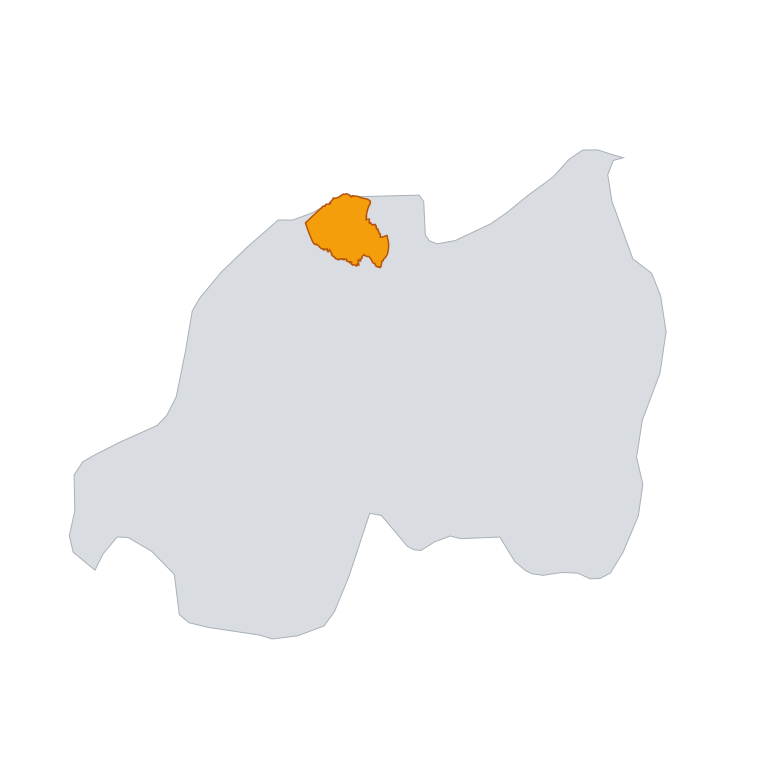 location of Musanze, Northern, Rwanda, rotated 14°
{"feature_id": "39286606B17052688720067", "entity_name": "Musanze", "entity_type": "district", "adm_level": 2, "iso_a3": "RWA", "parent_name": "Rwanda", "parent_adm1": "Northern", "projection": "natural_earth1", "projection_center": [29.637, -1.492], "detail": "fine", "context": "in_parent", "style": "filled", "palette": "amber", "viewbox_px": 768, "rotation_deg": 14, "n_neighbors": 0, "source": "geoboundaries", "source_scale": "gbopen_adm2", "svg_char_len": 6784}
<svg xmlns="http://www.w3.org/2000/svg" viewBox="0 0 768 768"><g transform="rotate(14 384 384)"><path d="M303.9,209.0L312.9,208.7L372.5,192.2L378.4,197.4L388.0,229.4L393.1,234.0L401.4,235.2L418.1,227.8L448.7,202.8L462.1,187.6L477.9,166.3L498.0,142.2L509.2,121.2L520.2,108.9L534.5,105.2L550.4,106.2L561.5,106.6L552.4,111.6L550.5,127.0L561.0,151.6L595.2,202.4L616.9,211.8L631.1,231.6L645.0,264.9L649.2,306.6L643.4,356.8L646.8,394.1L659.4,418.6L662.7,450.3L656.7,489.3L649.4,512.6L640.9,520.3L631.2,523.2L618.0,520.6L601.9,523.9L584.5,531.2L573.5,532.3L566.7,530.9L553.8,524.6L533.4,504.5L495.5,515.6L485.2,515.4L471.3,524.9L460.0,536.7L453.1,537.6L446.0,535.9L413.3,512.2L401.4,513.0L396.5,579.7L391.0,616.8L384.3,633.3L360.9,649.3L337.3,658.4L324.4,657.7L272.6,662.7L252.4,662.8L241.2,657.3L226.6,619.5L199.2,602.6L172.8,594.8L162.1,597.0L152.5,616.8L148.6,634.6L123.1,622.4L115.4,607.4L114.7,582.0L105.3,547.2L110.5,532.4L120.5,522.8L141.7,504.4L174.0,479.0L180.9,466.8L185.5,446.6L183.4,399.6L180.3,359.8L184.2,345.7L198.9,315.0L218.6,283.6L241.7,250.4L255.6,247.1L273.8,234.6L293.1,216.0L303.9,209.0Z" fill="#d9dde1" stroke="#a8b0b8" stroke-width="1"/><path d="M320.9,274.3L321.0,274.0L321.3,273.9L321.7,273.6L321.8,273.4L322.1,273.3L322.3,273.5L322.4,273.8L322.5,273.8L322.6,274.1L322.5,274.3L322.8,274.2L322.7,274.4L322.8,274.5L322.9,274.3L323.1,274.5L323.2,275.3L323.4,275.6L323.8,275.5L324.1,275.8L324.3,275.8L325.0,276.2L325.7,275.8L325.9,275.6L326.5,275.7L326.9,275.6L327.0,275.6L327.9,275.7L328.2,275.6L328.5,275.7L328.7,276.3L328.8,276.3L329.1,275.9L329.3,275.0L329.1,274.8L328.8,274.7L328.8,274.3L329.2,274.3L329.4,274.5L329.5,274.3L330.0,274.6L330.3,274.3L330.8,274.5L330.6,273.5L330.2,273.2L329.9,273.2L329.9,272.7L329.6,271.8L329.4,271.7L329.6,270.9L329.6,270.7L329.5,270.4L329.2,270.1L329.8,270.2L330.3,270.4L331.0,270.5L331.4,270.4L331.5,270.2L331.2,269.8L331.2,269.4L330.7,268.8L330.6,268.6L331.5,268.3L332.0,267.9L332.1,267.4L332.0,267.0L332.2,266.8L332.1,266.6L332.1,266.2L332.0,265.4L332.2,264.8L332.3,264.6L332.7,264.3L333.3,263.7L333.5,263.3L333.9,263.5L334.3,263.9L334.7,264.2L335.0,264.2L335.7,264.1L336.0,264.2L336.6,264.3L337.1,264.4L337.4,264.2L338.5,263.9L339.0,264.0L339.3,264.4L339.6,265.0L340.7,265.7L341.5,266.0L341.7,266.5L342.0,267.2L342.4,267.4L342.6,267.5L343.3,268.6L344.6,269.4L345.6,269.2L345.8,269.6L346.1,269.7L346.2,269.8L346.3,269.8L346.8,270.8L347.3,270.9L347.4,271.2L347.5,271.4L348.1,271.8L348.5,271.7L349.0,271.8L349.3,271.6L349.5,271.8L349.6,271.6L349.9,271.7L350.0,271.6L350.3,271.6L350.4,271.8L350.5,271.8L350.6,271.6L351.1,271.5L351.3,271.6L351.6,272.0L351.8,271.8L352.1,271.8L352.2,271.6L352.6,271.4L352.6,271.1L352.5,270.5L352.6,269.7L352.6,268.9L352.5,268.6L352.6,268.2L352.5,267.9L352.5,267.6L352.3,267.4L352.4,266.4L352.2,265.8L352.3,265.5L352.6,265.0L353.5,264.5L353.5,264.2L353.4,263.7L353.4,263.3L353.8,262.4L354.1,261.8L354.6,261.2L354.9,260.6L355.3,259.4L355.8,257.3L355.9,255.9L355.7,252.6L355.4,250.3L354.5,246.6L353.6,244.5L352.3,241.9L351.9,241.2L351.7,240.7L351.4,240.1L350.9,239.1L349.6,240.0L349.1,240.4L349.1,240.5L348.7,240.7L347.9,241.4L346.9,241.7L344.8,242.5L344.5,240.2L344.2,239.8L343.8,239.3L343.7,239.3L343.6,239.1L343.1,239.4L342.8,239.2L342.4,237.9L342.1,237.6L341.8,237.3L341.7,236.8L341.2,236.7L340.9,236.2L341.0,236.0L340.9,235.8L340.8,235.6L340.6,235.6L340.6,235.4L340.4,235.4L340.4,235.2L340.1,235.2L340.0,235.3L339.9,235.4L339.4,234.9L339.2,235.0L339.1,234.7L338.7,234.5L338.6,234.0L338.5,233.9L338.4,232.9L338.3,232.7L338.1,232.7L337.8,232.5L337.5,232.1L337.3,231.8L336.8,231.3L336.7,231.4L336.3,231.9L335.8,231.8L335.8,231.7L335.7,231.7L335.5,231.8L335.2,231.9L335.1,232.1L334.2,232.3L333.9,232.5L333.5,232.0L333.1,231.8L332.7,231.4L332.2,230.9L332.1,231.0L331.7,230.8L331.5,231.1L331.3,230.8L330.8,231.3L330.6,231.1L330.4,230.7L330.4,230.4L330.3,229.6L330.0,227.6L329.5,227.6L329.0,227.8L328.4,228.1L328.0,228.1L327.9,228.3L327.6,228.5L326.9,228.9L326.9,228.6L326.8,228.0L326.7,227.8L326.6,227.1L326.6,226.7L326.6,226.4L326.3,226.0L326.5,225.7L326.4,225.3L326.2,225.1L326.1,224.5L326.2,224.2L326.0,223.7L325.9,221.3L325.8,220.9L325.9,220.1L325.9,219.6L326.0,219.5L326.0,218.3L325.9,218.1L325.8,217.7L326.0,216.8L326.1,216.7L326.2,216.4L326.2,215.8L326.3,214.8L326.4,214.3L326.7,213.8L326.7,213.6L326.8,213.2L326.9,212.0L326.7,211.7L326.6,211.2L326.6,210.8L326.8,210.6L326.7,210.3L326.5,210.0L326.1,209.7L325.5,209.3L324.7,209.2L323.4,208.6L322.7,208.6L321.9,208.8L320.9,208.7L318.5,208.9L317.8,208.9L315.3,208.5L314.6,208.5L313.8,208.3L313.0,208.3L311.8,208.4L311.0,208.8L309.8,208.9L309.3,208.8L308.8,208.9L308.3,208.7L308.1,208.8L307.7,209.3L307.3,210.1L306.7,210.4L305.6,209.8L305.3,209.4L304.9,209.0L304.6,208.9L304.1,208.9L303.1,208.6L302.4,208.7L301.4,208.6L301.0,208.6L300.6,208.9L300.1,209.5L299.8,209.7L298.9,209.8L298.6,209.6L298.0,210.1L297.5,210.6L297.3,211.0L297.0,211.2L296.2,211.9L295.9,212.6L295.6,212.9L295.0,213.5L294.2,214.0L293.4,214.7L292.0,215.5L291.4,215.4L291.0,215.6L290.8,216.1L290.7,216.3L290.0,215.8L289.8,215.8L289.7,216.2L289.7,216.4L289.5,217.3L289.2,218.0L288.9,218.9L288.5,219.3L288.2,220.3L287.7,220.8L288.6,221.3L288.3,222.0L287.9,222.4L287.0,222.9L284.3,223.7L284.2,223.8L283.9,224.3L283.8,225.3L283.9,225.7L283.6,225.7L282.8,226.0L282.5,226.0L282.0,226.2L281.6,226.5L281.4,226.8L281.4,227.5L281.0,227.6L280.9,227.7L280.5,228.8L279.7,229.8L278.5,231.5L268.8,246.7L272.8,252.9L278.2,260.5L279.8,262.6L280.6,263.5L281.7,264.4L281.9,264.7L282.4,265.1L283.0,265.2L283.8,265.1L284.6,265.2L284.8,264.7L288.0,266.3L288.3,266.7L288.6,266.8L289.4,267.3L290.0,267.5L290.4,267.8L290.8,267.9L291.8,267.8L292.3,267.5L292.5,267.7L292.5,267.9L292.5,268.0L293.2,268.6L293.4,268.1L293.7,267.5L293.8,267.5L294.3,267.8L295.2,267.6L296.0,266.5L296.3,266.6L296.5,266.8L296.6,267.3L296.7,268.1L296.9,268.3L297.1,268.9L297.3,269.2L297.8,269.1L298.3,269.0L298.1,268.0L298.1,267.9L298.2,268.1L298.4,267.7L298.8,267.3L299.0,267.3L299.0,267.1L301.4,269.6L301.3,269.9L301.3,270.0L301.5,270.4L301.7,270.5L301.8,270.6L301.8,270.9L302.0,271.5L302.9,271.7L303.1,272.1L303.2,272.3L303.5,272.2L303.7,272.4L304.6,272.5L304.9,272.6L305.1,273.0L306.0,273.2L306.0,273.4L306.2,273.6L306.3,274.0L307.2,274.0L307.6,273.9L308.0,274.1L308.4,274.2L308.6,274.1L309.1,274.6L309.9,274.2L310.2,274.2L310.5,274.2L310.6,273.8L311.0,273.5L311.1,273.3L311.9,273.0L312.2,273.0L312.4,272.8L312.6,272.7L313.1,273.0L313.5,273.1L313.7,273.3L313.8,273.2L314.1,272.9L314.1,273.0L314.6,272.9L314.8,273.0L315.3,273.0L315.5,272.9L315.7,272.6L316.0,272.5L316.0,272.4L316.3,272.3L316.3,272.2L316.7,272.0L316.9,272.0L317.0,271.9L317.3,272.0L317.5,272.3L317.8,273.1L317.8,273.4L318.1,273.6L318.3,273.9L319.2,273.7L319.9,274.0L320.1,273.9L320.2,274.0L320.9,274.3Z" fill="#f59e0b" stroke="#b45309" stroke-width="1.5"/></g></svg>